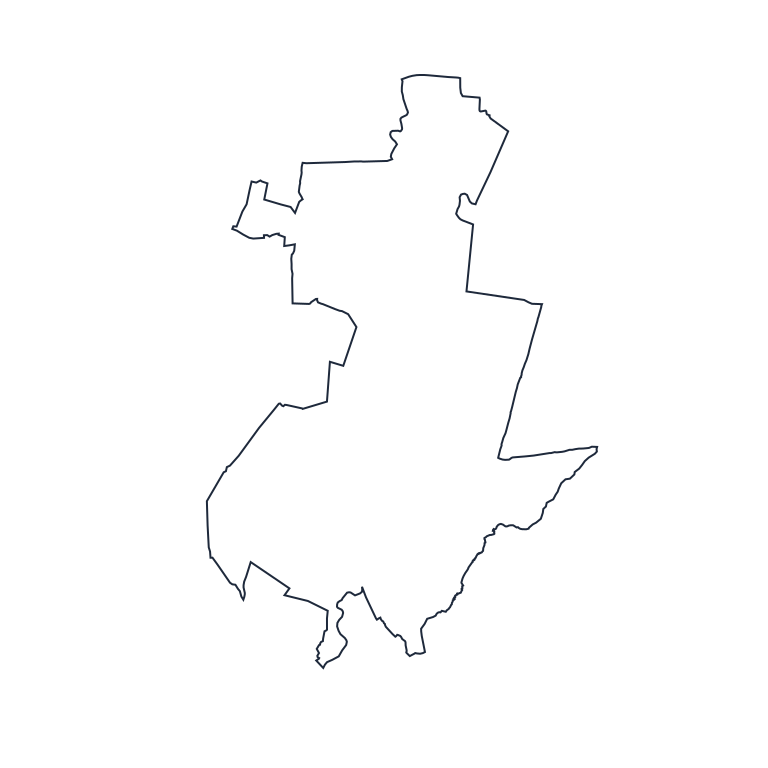 outline of Dragomiresti, Dâmbovita, Romania, rotated 238°
{"feature_id": "2599482B73511430354191", "entity_name": "Dragomiresti", "entity_type": "district", "adm_level": 2, "iso_a3": "ROU", "parent_name": "Romania", "parent_adm1": "Dâmbovita", "projection": "equal_earth", "projection_center": [25.352, 44.9], "detail": "fine", "context": "isolated", "style": "outline", "palette": "slate", "viewbox_px": 768, "rotation_deg": 238, "n_neighbors": 0, "source": "geoboundaries", "source_scale": "gbopen_adm2", "svg_char_len": 6166}
<svg xmlns="http://www.w3.org/2000/svg" viewBox="0 0 768 768"><g transform="rotate(238 384 384)"><path d="M368.0,560.3L373.6,552.0L376.8,549.8L381.0,547.4L418.8,503.0L472.1,544.1L481.0,537.4L483.2,536.1L485.3,535.6L488.3,535.4L490.1,535.4L493.3,539.0L494.8,541.7L496.0,543.0L499.1,545.5L502.3,547.1L503.8,549.7L503.4,551.6L502.6,553.3L500.3,554.6L493.3,553.5L490.6,554.2L487.9,556.9L490.2,559.9L507.2,586.5L532.5,623.2L552.7,615.1L555.4,615.2L555.9,615.9L558.1,614.2L558.8,614.2L561.1,615.2L561.8,615.1L562.1,614.9L563.8,610.5L564.1,610.2L564.7,609.9L565.7,610.1L567.0,610.9L574.5,616.1L576.2,616.8L586.4,603.2L590.0,603.4L594.9,605.7L603.0,610.7L604.5,609.2L606.0,607.2L610.1,601.4L622.4,585.1L624.7,581.9L626.9,578.4L628.6,575.4L630.3,571.4L631.4,567.9L633.0,560.5L630.9,560.1L626.2,556.4L622.6,554.1L619.0,553.0L615.3,551.4L605.3,549.0L603.1,548.7L601.6,548.2L600.8,547.1L600.2,546.0L600.2,544.7L600.5,542.3L600.7,539.9L600.1,538.4L598.7,537.6L595.4,536.6L591.3,534.9L590.4,534.2L589.6,532.3L589.7,531.5L591.3,530.2L594.2,525.2L594.0,523.1L592.3,521.4L589.9,520.8L587.0,521.0L583.7,522.0L580.4,522.0L578.4,517.5L575.2,512.1L573.1,510.2L570.3,510.0L571.4,505.0L583.6,484.2L584.8,482.7L588.7,476.3L592.7,468.9L612.4,435.1L614.7,432.2L611.9,429.4L608.7,427.1L606.9,426.2L605.4,425.0L600.5,420.3L598.7,419.3L597.0,417.6L592.1,413.6L590.4,413.3L586.0,413.2L584.7,412.9L583.8,412.9L583.7,410.5L583.4,408.6L576.2,399.2L583.6,398.6L590.9,391.7L603.9,380.2L615.9,391.5L620.4,387.8L622.1,387.1L622.5,382.4L625.9,379.0L620.0,373.1L609.2,362.7L605.3,355.3L595.6,342.4L597.6,339.8L595.9,337.5L592.0,340.5L585.3,343.8L579.4,347.2L576.6,350.2L571.5,359.7L573.8,361.0L572.1,363.9L569.6,365.1L569.5,368.2L568.4,372.3L567.3,374.4L566.4,373.6L561.1,377.7L553.9,372.5L551.8,377.1L549.7,382.4L544.6,378.5L542.9,375.9L542.6,374.4L539.3,371.7L534.7,369.2L530.4,366.5L525.9,364.8L522.3,362.1L500.8,349.2L491.6,362.9L491.4,364.2L492.0,365.4L492.2,371.3L491.6,372.4L490.7,371.7L488.2,371.3L485.4,373.3L484.1,374.5L473.6,382.1L469.6,385.2L468.1,387.0L462.2,390.6L446.9,390.8L421.0,359.1L431.5,349.9L399.3,326.3L406.0,301.8L406.6,301.7L417.8,290.3L418.9,288.9L418.5,286.9L419.6,286.1L422.5,285.6L423.0,284.3L420.5,277.2L413.0,254.8L400.1,222.7L396.4,210.1L396.8,206.7L393.8,203.7L394.1,201.3L378.5,171.7L357.6,159.5L338.3,148.8L334.1,147.7L328.6,144.8L327.6,146.5L319.2,147.1L297.1,148.1L294.5,149.2L292.5,151.6L287.6,151.6L284.7,152.0L279.3,150.4L275.6,150.4L277.5,152.7L279.2,154.3L280.5,155.2L285.9,157.1L287.8,158.3L290.5,160.7L293.5,164.8L303.6,176.6L260.8,195.5L257.6,187.7L240.3,204.5L221.5,216.1L215.4,211.4L205.9,205.5L205.6,204.7L205.8,202.5L200.4,197.5L198.3,195.9L198.6,194.0L197.9,192.5L196.8,191.6L197.0,190.5L195.0,186.6L190.3,186.3L188.8,183.4L187.5,183.0L185.9,183.8L185.5,183.2L185.4,180.0L175.4,182.0L177.3,185.2L178.3,188.3L177.5,193.9L177.0,201.3L180.3,207.4L182.7,213.6L185.1,215.9L186.6,216.3L189.3,216.2L194.9,214.5L198.7,214.7L203.3,215.8L206.1,217.9L207.7,221.0L208.8,225.1L211.5,228.0L213.1,228.6L215.0,228.5L218.7,226.2L220.0,226.1L222.0,227.5L223.2,229.0L223.4,231.3L223.2,233.6L224.3,235.4L226.6,242.1L225.9,244.0L224.9,245.2L220.1,247.4L219.1,252.7L219.5,255.3L221.2,256.6L223.7,257.9L212.7,255.7L189.5,253.0L187.9,253.1L188.0,255.4L187.8,257.1L186.2,256.7L184.3,256.8L183.0,257.5L181.1,257.2L180.0,257.6L179.2,257.2L177.2,256.9L167.5,258.7L163.7,259.7L163.7,260.4L163.9,261.3L164.3,262.3L163.7,262.9L161.7,264.3L160.4,264.5L158.1,264.3L154.7,265.6L153.6,265.4L150.8,263.8L146.2,262.1L145.3,261.5L144.7,260.7L144.1,260.6L139.6,261.7L139.2,267.2L139.3,267.9L138.0,269.2L136.1,271.7L135.2,274.3L135.0,276.7L150.3,282.5L154.4,284.4L156.8,285.8L159.0,291.3L162.0,296.2L160.4,302.1L160.2,305.1L161.3,307.0L161.5,308.8L161.2,309.9L160.4,310.9L161.0,312.8L158.1,315.7L158.8,317.3L159.0,319.8L159.4,320.5L159.7,321.7L161.1,323.9L161.2,324.7L162.4,325.6L163.1,327.0L164.1,327.7L163.9,328.9L164.1,329.7L165.1,329.2L165.7,330.3L165.2,330.8L165.6,331.7L166.6,331.9L166.9,332.7L166.6,334.4L167.5,334.8L167.6,335.2L166.7,336.1L166.7,337.2L166.3,338.4L166.7,339.1L167.3,339.9L167.8,341.0L168.5,340.9L169.1,341.2L169.0,342.0L169.6,342.5L170.3,342.6L171.1,343.2L171.1,344.3L174.3,344.3L174.8,344.6L177.5,347.6L179.0,349.8L180.7,352.9L182.0,356.0L182.8,357.5L183.6,358.4L186.1,364.4L186.1,364.9L186.8,365.2L186.9,366.0L187.2,366.1L187.3,366.5L186.9,366.9L186.9,367.3L187.5,367.6L187.7,368.1L187.5,368.5L187.7,369.0L188.2,369.4L188.2,369.9L189.1,371.1L189.4,371.9L190.1,373.0L190.3,374.7L189.8,376.2L189.6,375.9L189.4,377.8L189.9,378.8L190.0,379.6L192.2,381.2L194.2,383.9L195.8,385.0L195.8,386.0L196.3,386.3L197.1,386.4L198.2,387.0L199.3,387.0L200.2,387.6L200.1,389.2L200.4,390.4L199.9,393.7L199.2,394.9L198.4,397.6L198.5,398.2L199.2,398.6L199.6,398.6L200.5,399.4L201.2,399.3L201.8,398.5L202.6,399.3L202.9,400.2L202.1,400.6L201.9,402.0L202.5,403.2L203.2,403.9L203.9,405.9L203.9,407.4L203.4,409.0L201.7,410.4L199.2,411.4L198.5,412.0L197.9,413.4L197.8,414.8L197.1,416.5L195.7,418.7L192.1,420.4L191.6,421.7L190.5,422.0L189.0,422.8L187.6,424.3L185.4,427.7L184.7,430.0L185.3,430.8L186.1,435.7L185.8,439.5L186.6,445.6L190.5,450.3L193.6,452.9L194.3,456.4L197.0,459.0L196.9,461.5L196.5,466.4L199.2,471.0L200.6,474.2L202.7,476.8L205.9,481.7L207.0,487.4L205.2,491.5L206.4,497.5L208.3,499.1L208.8,504.7L210.4,509.2L212.2,513.4L213.1,518.6L213.1,525.8L213.9,528.7L216.2,529.8L217.7,531.4L220.7,527.0L221.1,524.2L221.6,523.0L223.9,518.4L225.9,515.1L227.3,511.9L228.4,508.9L229.9,506.4L231.2,501.4L232.1,499.1L234.4,494.4L235.0,493.5L235.7,492.8L236.9,489.1L237.7,487.8L244.0,473.0L247.8,465.3L253.5,454.3L253.8,453.0L253.6,451.4L253.6,449.9L255.5,446.5L257.1,444.5L259.5,442.5L260.9,441.7L267.1,448.1L268.8,450.3L269.7,451.3L270.5,451.6L271.3,452.4L271.9,453.2L275.0,456.6L277.9,461.0L280.2,463.5L285.3,468.9L288.3,472.3L292.2,476.0L293.0,476.4L293.6,477.3L296.6,480.5L307.5,491.6L310.1,494.6L312.8,497.2L317.1,502.9L317.0,503.7L317.2,504.0L317.9,504.3L318.8,505.5L320.2,506.5L322.2,508.6L324.2,511.4L326.5,514.2L328.7,517.4L332.8,522.2L337.0,526.4L343.3,533.1L356.0,547.3L358.1,549.3L358.8,550.3L366.1,558.3L366.8,558.7L368.0,560.3Z" fill="none" stroke="#1e293b" stroke-width="2"/></g></svg>